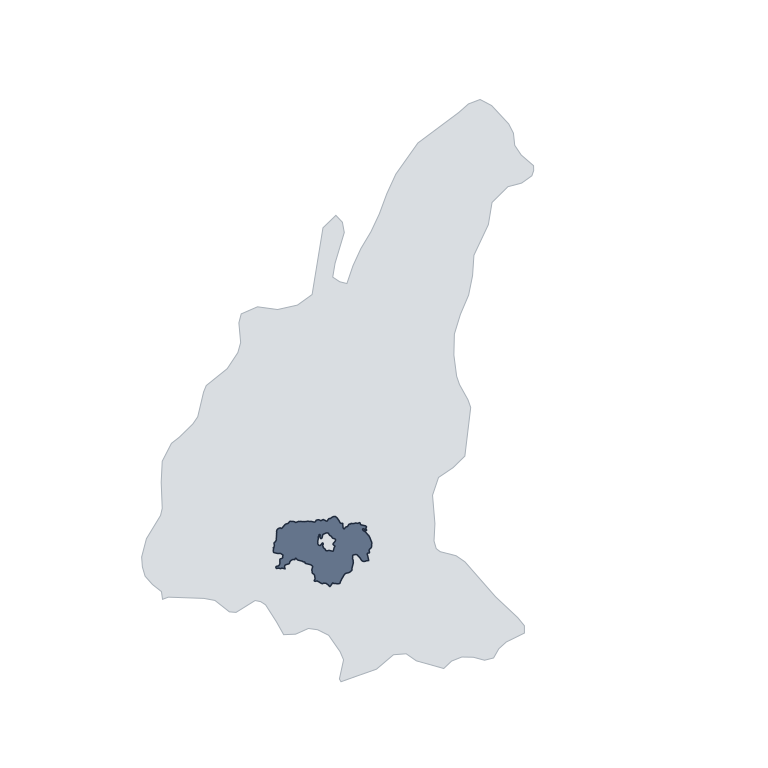 San Juan de la Maguana, San Juan, Dominican Republic (highlighted), rotated 284°
{"feature_id": "3306468B55528819950271", "entity_name": "San Juan de la Maguana", "entity_type": "district", "adm_level": 2, "iso_a3": "DOM", "parent_name": "Dominican Republic", "parent_adm1": "San Juan", "projection": "albers", "projection_center": [-71.221, 18.893], "detail": "fine", "context": "in_parent", "style": "filled", "palette": "slate", "viewbox_px": 768, "rotation_deg": 284, "n_neighbors": 0, "source": "geoboundaries", "source_scale": "gbopen_adm2", "svg_char_len": 7563}
<svg xmlns="http://www.w3.org/2000/svg" viewBox="0 0 768 768"><g transform="rotate(284 384 384)"><path d="M122.4,510.8L123.2,482.4L127.6,470.8L123.6,458.7L105.5,445.7L94.5,429.0L84.7,414.3L87.0,412.1L106.6,411.5L113.6,406.2L126.8,391.1L129.5,379.0L128.5,369.8L119.9,358.8L116.5,347.3L127.2,337.2L141.1,322.5L143.0,316.9L142.7,311.3L126.6,295.7L125.5,289.1L133.1,272.3L132.4,261.1L125.0,226.3L121.5,221.2L128.7,218.3L133.4,207.9L139.7,198.7L148.1,193.8L157.5,190.7L176.4,190.9L202.4,199.0L209.7,198.9L234.7,191.6L255.4,187.5L275.0,192.1L282.9,198.3L299.0,208.2L307.1,211.2L332.6,210.9L339.5,211.9L361.0,228.2L379.1,234.6L389.5,234.9L408.2,228.4L417.5,228.5L428.3,242.6L430.5,262.7L439.6,280.9L453.4,292.6L520.8,287.0L536.0,296.5L530.9,304.5L521.4,308.8L489.3,307.3L475.3,308.4L472.5,316.3L472.5,323.7L491.3,325.3L509.8,328.8L528.6,334.5L547.8,338.3L569.3,340.7L590.5,344.7L626.1,358.6L665.6,390.9L676.2,398.2L683.3,408.4L680.2,421.1L666.5,442.1L658.7,448.9L647.2,453.1L639.4,461.7L632.0,476.3L627.3,477.6L621.8,477.1L612.3,469.0L605.4,456.5L586.3,444.9L563.9,446.7L530.7,440.1L510.7,443.7L490.7,444.6L470.1,441.3L449.5,440.2L429.0,444.8L409.1,452.6L401.7,457.4L389.0,469.3L382.2,473.8L333.6,479.9L319.6,471.3L306.5,459.5L287.8,458.0L260.8,467.2L243.8,470.5L236.9,474.5L234.9,479.0L234.8,495.5L231.0,505.6L204.6,543.6L189.6,570.4L183.4,578.7L176.3,580.5L163.3,565.1L155.0,559.5L144.7,556.6L140.3,548.4L140.5,536.8L137.9,525.5L131.5,516.6L122.4,510.8Z" fill="#d9dde1" stroke="#a8b0b8" stroke-width="1"/><path d="M241.8,396.1L241.9,395.5L242.1,395.2L242.3,395.0L242.9,394.7L243.3,394.4L243.5,394.2L243.6,393.9L243.4,393.5L242.6,392.6L242.4,392.2L242.3,390.1L242.1,389.8L241.5,388.9L241.2,388.1L241.0,387.5L240.9,387.0L240.9,386.1L240.8,385.9L240.7,385.7L240.1,385.5L240.0,385.3L239.8,384.4L239.7,384.2L239.0,383.7L238.0,383.5L236.9,383.0L236.6,382.7L236.3,382.0L235.9,381.5L235.5,381.2L234.0,380.6L233.8,380.4L233.8,380.2L233.9,379.9L234.0,379.7L234.6,379.1L235.0,378.9L236.0,378.6L236.7,378.3L237.4,378.1L238.0,377.9L238.6,377.8L238.7,377.6L238.8,377.5L238.8,377.3L238.5,376.6L238.4,376.2L238.5,375.6L238.6,375.3L238.9,374.9L239.7,374.1L240.7,373.3L241.2,372.6L242.6,371.1L243.6,369.1L243.7,368.6L243.4,367.9L243.2,367.2L243.1,366.9L241.8,365.5L240.5,364.5L240.4,364.2L240.3,363.5L240.1,363.2L239.5,362.8L238.5,362.4L237.5,362.1L237.2,361.9L237.1,361.7L237.0,361.3L237.0,361.0L237.4,360.1L237.5,358.9L237.8,358.3L237.8,357.8L237.5,357.4L236.4,356.2L236.1,355.8L236.1,355.4L236.4,354.5L236.5,353.5L236.4,353.0L235.8,351.8L235.5,351.3L235.3,351.1L234.2,350.9L233.8,350.7L233.4,350.3L233.1,349.8L233.1,349.2L233.1,346.6L233.0,346.2L232.6,345.3L232.5,343.3L231.7,341.7L231.5,340.8L231.2,340.1L231.0,339.0L230.7,338.0L230.6,336.5L230.2,335.6L230.0,334.2L229.4,333.6L229.0,332.9L228.5,332.3L228.3,331.9L228.3,331.5L228.7,330.6L228.7,329.2L228.6,328.6L228.3,327.9L228.2,326.5L228.0,326.0L227.7,325.7L226.2,325.0L225.4,324.5L225.0,323.7L224.6,323.0L224.1,322.3L223.3,321.8L219.9,320.1L219.2,319.7L219.0,319.2L219.3,318.2L218.8,317.2L218.1,316.4L217.5,315.9L216.7,315.5L216.1,315.4L214.9,315.4L214.5,315.6L214.4,315.7L214.2,315.8L212.9,315.9L211.9,316.2L210.6,316.4L209.5,316.7L208.2,316.8L207.3,317.1L206.8,317.2L206.1,317.2L205.4,316.9L204.6,316.7L203.6,315.9L203.1,315.8L202.6,315.9L201.1,316.6L200.8,316.7L198.7,316.7L198.2,316.2L197.7,316.7L195.9,316.8L195.2,317.0L194.4,317.3L194.1,317.5L193.9,317.7L193.8,318.1L193.8,321.4L193.9,322.2L194.2,323.2L194.6,324.5L194.2,325.8L193.9,326.5L193.8,327.0L193.7,327.2L193.4,327.4L192.2,327.4L191.4,327.7L190.9,327.7L190.5,327.5L190.0,326.9L189.7,326.5L189.2,325.7L188.9,325.5L188.6,325.4L188.0,325.5L187.2,325.8L186.2,325.9L185.3,326.3L184.2,326.4L183.3,326.3L182.3,325.8L182.0,325.6L181.8,325.3L181.1,323.8L180.8,323.5L180.5,323.4L180.0,323.4L179.5,323.6L179.0,324.4L179.7,326.0L179.8,326.5L179.8,327.9L179.8,328.4L180.0,328.7L180.5,329.1L180.7,329.5L180.7,330.2L180.7,332.6L181.2,332.6L181.9,332.0L182.5,331.7L183.6,331.7L184.0,331.7L184.3,331.9L185.0,332.6L185.3,333.2L185.9,334.1L186.2,334.8L186.7,335.4L187.1,335.6L188.8,335.7L190.1,336.3L191.2,337.4L191.7,338.0L191.8,338.5L191.9,339.6L192.0,339.9L192.3,340.0L193.2,340.1L193.5,340.3L193.6,340.5L193.6,340.8L193.2,341.4L192.6,342.3L192.4,342.7L192.3,343.4L192.3,347.1L192.3,347.6L192.0,348.3L191.9,348.7L191.9,349.1L192.1,349.6L192.1,349.8L191.8,350.5L191.1,350.8L190.9,351.2L190.9,351.8L190.9,356.6L190.7,357.1L190.3,358.1L189.9,358.7L189.7,358.9L189.3,359.0L186.4,358.9L185.6,359.1L184.5,359.8L183.5,359.9L183.3,360.1L182.8,360.8L182.6,361.7L182.4,362.0L181.8,362.7L181.2,363.1L180.3,363.4L178.6,364.2L177.7,364.2L176.6,363.8L176.2,363.9L175.9,364.4L175.9,365.1L176.7,366.6L176.7,367.0L176.4,367.8L176.2,369.0L175.9,369.6L175.7,370.5L175.4,371.2L175.3,372.2L175.4,372.8L176.0,373.3L176.2,373.6L176.4,375.1L176.6,375.9L176.3,376.7L175.9,377.4L175.7,378.3L174.9,379.3L174.4,380.5L175.4,381.1L176.3,381.4L176.9,381.7L177.8,381.9L178.6,382.4L178.6,382.7L178.3,383.4L178.3,383.8L178.4,384.1L178.7,385.0L178.8,386.8L179.1,387.8L179.3,388.5L179.9,389.4L180.4,389.5L182.2,389.6L183.4,390.0L184.9,390.2L185.6,390.5L186.4,390.7L187.1,391.0L188.4,391.2L190.3,392.1L190.8,392.5L191.2,393.0L192.4,395.4L192.8,395.9L193.6,396.7L194.3,397.1L195.1,397.7L195.5,397.9L196.1,397.9L196.7,397.6L197.3,397.5L203.2,397.5L204.0,397.1L205.0,396.9L205.9,396.5L206.7,395.8L207.0,395.7L208.6,395.5L209.3,395.2L209.7,395.1L210.1,395.2L210.4,395.3L210.7,395.6L211.7,397.7L211.8,398.5L211.7,399.4L211.5,399.7L210.9,400.4L210.6,401.0L210.0,401.9L209.6,402.6L207.5,404.8L207.0,405.8L206.9,406.3L206.9,407.1L207.0,407.7L207.5,408.8L208.2,409.6L208.5,410.6L209.0,411.8L209.9,411.5L213.6,409.6L214.7,408.9L215.1,408.8L215.6,408.9L215.9,409.1L216.1,409.4L216.3,410.3L216.5,410.5L216.9,410.7L217.5,410.6L218.5,409.9L218.8,409.8L219.3,409.8L220.0,409.9L220.9,410.4L221.9,411.1L222.6,411.3L224.0,411.2L225.1,410.8L226.3,410.8L226.9,410.6L227.9,410.1L229.1,409.1L229.8,408.7L230.6,408.1L231.4,407.6L232.8,406.3L233.4,405.8L233.8,404.8L234.4,404.1L234.8,403.4L235.5,402.5L236.0,401.6L236.4,400.7L236.6,399.8L236.7,399.5L237.2,398.8L237.7,398.4L238.1,398.4L238.3,398.6L238.5,398.8L238.5,399.4L238.4,400.1L237.7,401.0L237.5,401.3L237.4,402.0L237.6,402.4L237.9,402.5L238.2,402.4L238.7,402.0L239.1,401.5L239.5,401.3L239.9,401.3L240.4,401.5L240.8,401.6L241.3,401.5L241.7,400.8L241.9,400.3L241.8,396.1ZM220.9,357.5L221.3,357.6L221.8,357.4L222.1,357.5L222.4,357.8L222.4,358.2L222.2,358.5L221.8,358.7L220.4,358.7L220.0,358.8L219.8,358.9L219.3,359.5L219.0,359.7L218.8,360.0L218.7,360.3L218.9,360.5L219.4,361.0L219.9,361.1L222.8,361.1L223.1,361.2L223.4,361.3L223.7,361.6L224.2,362.4L225.2,363.5L225.7,364.5L225.8,365.3L225.8,365.6L225.7,366.1L224.1,367.8L223.9,368.1L223.8,368.9L223.3,369.9L222.3,371.0L222.0,371.4L221.9,371.9L221.9,373.5L221.8,373.8L221.5,374.4L221.3,374.6L221.0,374.7L220.4,374.8L219.8,374.7L218.6,374.2L217.2,373.4L216.8,373.3L216.5,373.3L216.0,373.4L215.8,373.7L215.3,374.6L215.1,375.3L214.8,375.6L214.3,375.6L213.6,375.3L213.1,375.2L210.2,375.2L209.6,375.1L209.4,374.8L209.3,374.5L209.3,371.2L209.2,370.7L208.4,369.2L208.3,368.4L208.4,367.7L208.6,367.5L209.1,367.3L209.3,367.1L209.7,366.5L210.4,365.0L210.7,364.6L211.5,364.3L211.9,363.9L212.3,363.6L212.8,363.5L213.8,363.8L214.6,363.5L214.8,363.3L214.9,363.1L214.9,362.8L214.7,362.6L212.4,361.5L211.9,361.2L211.8,360.8L211.7,360.3L211.8,359.8L211.9,359.4L212.5,358.8L213.1,358.3L213.5,358.2L214.5,358.1L215.4,357.7L218.2,357.7L218.5,357.6L219.2,357.3L219.7,357.2L220.3,357.3L220.9,357.5Z" fill="#64748b" stroke="#1e293b" stroke-width="1.5"/></g></svg>